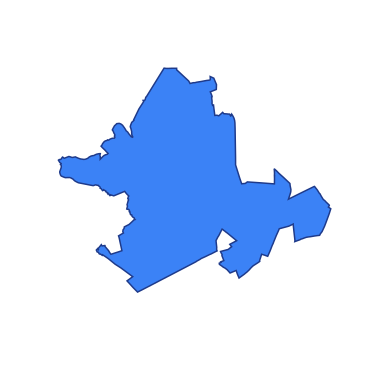 Nopalucan, Puebla, Mexico (Mercator projection), rotated 113°
{"feature_id": "50627088B31186547643860", "entity_name": "Nopalucan", "entity_type": "district", "adm_level": 2, "iso_a3": "MEX", "parent_name": "Mexico", "parent_adm1": "Puebla", "projection": "mercator", "projection_center": [-97.825, 19.193], "detail": "fine", "context": "isolated", "style": "filled", "palette": "blue", "viewbox_px": 384, "rotation_deg": 113, "n_neighbors": 0, "source": "geoboundaries", "source_scale": "gbopen_adm2", "svg_char_len": 5940}
<svg xmlns="http://www.w3.org/2000/svg" viewBox="0 0 384 384"><g transform="rotate(113 192 192)"><path d="M246.9,139.1L247.9,138.5L248.1,137.6L248.5,135.6L249.0,133.8L249.0,133.5L249.2,131.5L249.3,131.3L249.8,129.3L251.7,125.3L247.0,120.7L250.0,118.0L252.5,115.4L252.8,115.1L247.0,111.6L245.7,111.0L244.9,110.5L244.1,110.1L240.6,108.6L240.3,108.6L239.9,108.5L237.4,107.5L235.9,106.8L231.5,103.8L229.4,102.5L229.2,102.6L228.6,103.0L225.1,103.3L222.1,103.6L221.8,100.6L221.6,97.2L215.6,97.1L209.8,97.3L207.4,97.2L206.2,97.3L199.1,97.4L194.3,97.3L191.7,97.3L185.6,89.5L182.0,86.3L182.3,86.2L188.6,82.7L196.6,78.2L197.5,78.0L193.8,74.0L193.4,73.7L193.1,73.6L191.6,71.8L190.3,70.5L188.9,68.9L187.7,67.0L186.8,65.4L184.6,62.0L182.8,59.0L182.4,58.2L182.0,57.6L180.4,57.5L177.7,56.8L171.8,56.6L166.6,56.8L158.6,57.2L153.2,57.7L152.6,60.6L150.8,60.3L150.5,60.5L150.5,60.3L148.8,64.8L148.0,66.5L147.8,67.4L147.6,68.2L145.5,71.2L144.4,72.6L143.8,73.2L143.4,74.3L141.2,77.4L139.0,81.4L139.3,81.8L149.8,90.9L160.9,100.4L154.1,101.0L152.8,101.3L151.1,101.9L147.7,104.2L145.9,105.2L142.7,113.8L140.8,119.4L139.6,122.2L138.7,124.8L138.7,125.1L138.9,125.2L139.2,124.9L139.5,124.9L140.2,124.5L140.5,124.4L141.0,124.0L141.4,124.0L142.5,123.3L142.8,123.3L143.8,122.9L144.7,122.4L144.9,122.5L145.0,122.5L145.1,122.4L145.1,122.2L145.9,122.0L146.3,121.8L147.4,121.3L152.3,119.3L152.4,119.5L156.3,131.1L161.1,145.0L163.3,146.3L164.1,147.8L165.0,149.5L160.7,153.4L150.0,162.5L143.2,165.4L116.6,177.2L111.6,179.5L109.5,180.7L108.0,181.9L107.0,182.9L105.6,184.7L104.9,185.8L105.5,185.7L106.0,185.6L106.3,185.7L106.9,186.1L106.5,186.8L105.8,187.1L105.6,187.8L105.8,188.2L106.0,188.9L106.3,189.4L106.3,189.9L107.5,193.3L106.7,194.9L111.4,197.1L111.5,198.2L111.6,199.1L112.6,200.9L106.5,204.5L103.5,206.2L103.7,206.5L104.0,206.7L104.2,206.9L103.8,207.1L103.2,207.7L102.6,208.3L102.1,208.4L101.7,208.5L100.4,209.1L96.9,211.1L96.5,210.7L95.5,211.4L93.7,213.2L92.7,214.3L88.1,209.7L83.6,211.4L78.7,216.4L78.6,220.4L81.1,219.2L81.8,219.2L82.3,219.8L83.6,222.1L86.8,226.9L89.1,230.6L90.2,232.0L90.7,233.2L91.3,234.1L92.9,236.2L92.5,236.6L91.1,238.5L85.5,253.9L84.1,254.5L85.8,258.5L87.6,262.3L88.3,264.0L88.9,266.1L122.1,271.2L122.8,271.6L125.3,271.2L126.1,271.5L126.8,272.8L127.6,271.8L136.2,273.3L148.3,273.9L148.6,273.5L150.5,274.2L151.4,274.7L151.8,274.7L154.3,274.6L155.7,274.4L156.1,274.3L157.5,273.0L159.9,271.2L160.3,271.0L161.3,270.6L162.9,269.7L163.4,269.2L164.0,268.5L164.3,268.2L164.5,268.1L164.8,268.1L164.9,269.4L164.9,269.6L163.7,271.7L163.0,273.1L162.0,274.5L161.3,276.7L160.4,277.7L160.1,278.2L159.4,279.2L157.7,282.0L157.2,283.9L157.2,285.2L157.3,285.9L158.5,288.0L160.1,288.6L161.2,289.2L164.0,289.5L166.0,289.6L166.9,288.2L168.2,287.0L169.0,285.9L169.8,285.2L170.9,285.3L171.6,284.4L172.7,284.4L173.5,286.0L174.2,287.0L175.5,288.2L176.3,288.7L176.7,289.0L177.0,289.4L177.0,290.1L177.7,290.4L179.0,291.9L180.1,292.6L181.0,292.7L182.2,293.2L183.6,293.2L185.0,293.4L185.3,293.6L185.4,293.3L185.8,292.7L186.3,291.5L187.7,287.9L188.3,286.8L188.8,285.4L189.3,284.3L190.4,284.7L191.3,285.9L192.6,287.1L193.9,287.8L197.7,289.3L195.4,290.2L194.3,291.1L192.5,291.4L192.6,291.7L193.1,292.6L194.4,294.5L195.5,295.6L196.7,296.5L197.4,297.7L198.4,299.0L200.0,300.3L201.8,301.2L202.9,302.3L203.7,303.2L204.4,304.7L204.7,306.0L205.1,307.3L205.3,309.5L205.3,312.0L205.2,312.9L205.8,313.9L206.5,314.9L206.9,315.5L207.1,316.2L207.2,317.7L207.4,319.2L210.5,322.4L210.9,322.8L210.5,324.1L210.4,324.8L210.6,324.9L212.5,325.3L213.2,325.5L213.4,325.7L214.0,326.9L214.9,327.4L216.5,325.2L216.6,324.9L216.9,323.6L218.2,323.8L218.3,323.1L218.5,322.9L219.3,322.4L220.9,321.9L224.8,321.7L225.4,321.5L226.2,321.0L227.7,319.7L228.4,318.6L228.4,315.5L228.3,314.2L227.4,312.3L226.5,310.3L226.5,310.0L226.4,309.6L226.4,308.8L226.6,307.0L226.7,306.4L227.3,305.1L227.6,304.1L227.8,302.4L227.9,300.2L224.9,286.0L224.6,285.2L223.2,283.7L223.0,283.1L222.8,281.6L222.5,280.7L223.0,279.9L223.3,278.8L223.6,278.3L224.0,278.0L224.4,278.0L224.5,276.8L225.7,274.9L224.9,274.0L224.5,274.1L224.8,271.7L225.4,271.6L225.4,271.1L225.5,270.4L226.5,268.9L225.9,268.9L227.4,266.2L226.8,265.5L226.4,265.8L226.1,262.5L217.7,254.2L218.4,253.1L219.5,250.9L220.4,248.6L221.3,248.8L223.2,248.5L223.3,247.7L224.7,247.4L224.8,247.2L225.2,247.3L226.1,247.2L226.6,247.1L227.7,247.0L228.0,246.9L229.2,246.8L229.7,246.2L230.2,245.9L230.5,245.8L231.4,245.7L233.2,245.4L233.2,245.2L233.0,244.2L232.8,243.8L232.8,243.6L232.8,243.4L232.9,243.2L233.6,242.4L234.4,242.2L234.7,241.9L234.6,241.6L234.4,241.6L234.8,241.2L235.2,241.1L236.2,240.3L236.4,240.2L236.9,239.6L236.6,238.8L236.7,238.4L237.7,237.8L238.3,236.4L238.4,235.2L239.2,234.5L239.6,233.7L240.2,234.5L242.4,235.4L246.4,237.2L250.1,240.3L250.7,240.7L251.7,240.3L252.2,240.3L253.4,240.6L253.8,240.7L254.7,240.4L255.0,240.4L255.5,240.2L256.5,239.1L261.1,242.5L262.3,241.4L273.4,233.6L275.4,235.8L281.0,242.3L279.3,245.1L279.0,245.2L278.0,247.0L277.4,248.3L276.0,251.0L275.5,251.0L275.3,251.3L276.8,253.7L275.9,254.9L280.7,256.3L281.5,255.6L281.8,255.7L280.9,256.7L282.8,257.4L283.7,256.5L284.0,256.0L284.2,255.9L284.1,254.5L285.1,253.4L285.2,252.7L285.1,252.1L284.9,252.0L285.0,251.4L285.4,249.9L284.7,249.8L285.1,247.9L285.2,247.2L286.0,243.2L287.8,237.0L288.5,234.6L289.6,228.1L293.1,213.5L299.2,217.1L303.0,208.8L305.4,203.0L301.5,199.7L280.4,182.3L277.4,179.8L254.8,161.2L253.8,160.6L251.0,158.4L249.7,157.6L246.0,154.2L242.4,151.1L241.9,150.5L237.8,147.1L236.4,145.9L235.9,146.4L235.0,147.0L233.9,147.4L233.3,147.6L227.4,150.9L226.0,150.8L223.2,150.6L221.8,150.3L218.8,150.1L214.4,149.8L214.6,148.5L214.8,148.2L215.1,147.0L215.3,146.0L215.5,145.7L215.7,144.7L215.8,144.5L215.8,144.2L216.3,142.4L219.4,131.9L221.5,133.6L225.4,136.8L226.9,134.1L228.0,134.8L230.7,136.2L235.6,142.5L236.2,141.9L236.8,141.2L237.4,140.4L237.9,139.8L238.9,139.6L239.7,138.8L242.7,135.9L245.1,138.3L245.5,137.8L246.9,139.1Z" fill="#3b82f6" stroke="#1e3a8a" stroke-width="1.5"/></g></svg>